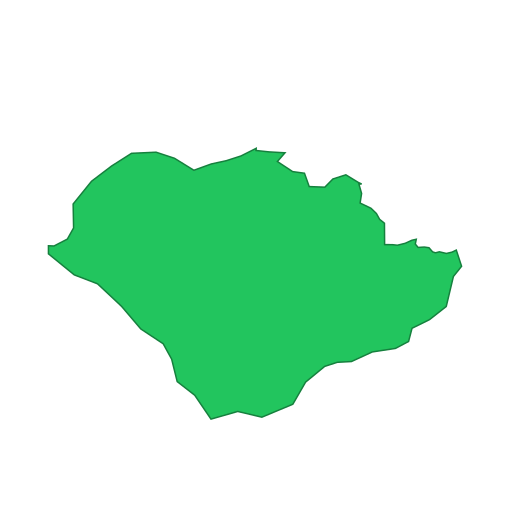 outline of Gerovasa, Limassol, Cyprus, rotated 48°
{"feature_id": "46923920B72071673146267", "entity_name": "Gerovasa", "entity_type": "district", "adm_level": 2, "iso_a3": "CYP", "parent_name": "Cyprus", "parent_adm1": "Limassol", "projection": "equal_earth", "projection_center": [32.737, 34.814], "detail": "fine", "context": "isolated", "style": "filled", "palette": "green", "viewbox_px": 512, "rotation_deg": 48, "n_neighbors": 0, "source": "geoboundaries", "source_scale": "gbopen_adm2", "svg_char_len": 1126}
<svg xmlns="http://www.w3.org/2000/svg" viewBox="0 0 512 512"><g transform="rotate(48 256 256)"><path d="M273.2,129.3L269.9,130.7L255.8,134.9L250.2,147.3L250.9,158.8L240.0,170.0L226.9,164.6L217.8,172.3L200.1,176.9L198.7,165.4L187.5,176.5L177.6,185.4L176.1,183.8L171.6,200.2L165.3,214.3L157.7,227.6L150.7,244.8L128.8,251.2L112.0,260.8L96.4,279.8L92.5,303.0L90.4,328.2L95.0,357.1L104.8,365.6L113.1,372.8L117.2,384.9L113.4,399.4L109.5,403.4L115.5,408.8L148.4,403.7L170.6,392.4L193.7,390.4L203.6,389.6L232.2,390.4L233.3,390.4L259.1,383.7L276.2,387.7L296.6,398.6L318.5,394.7L347.1,398.6L359.3,373.6L379.7,359.5L390.8,327.8L382.9,303.5L384.0,278.8L389.4,266.7L398.3,255.7L405.1,233.8L418.0,214.2L421.6,199.8L414.1,188.4L419.4,169.6L420.8,148.5L420.6,148.1L403.3,123.0L401.2,110.1L385.6,103.2L384.3,107.7L381.5,112.8L375.6,116.9L373.7,120.5L371.1,122.0L365.6,121.9L362.0,124.9L358.1,129.8L353.7,129.6L350.8,125.7L348.6,129.6L346.4,136.6L342.6,143.7L338.9,147.0L333.6,152.8L317.6,138.6L311.5,139.6L305.0,138.1L297.5,138.6L286.3,143.2L280.2,135.7L271.4,131.4L273.2,129.3Z" fill="#22c55e" stroke="#15803d" stroke-width="1.5"/></g></svg>